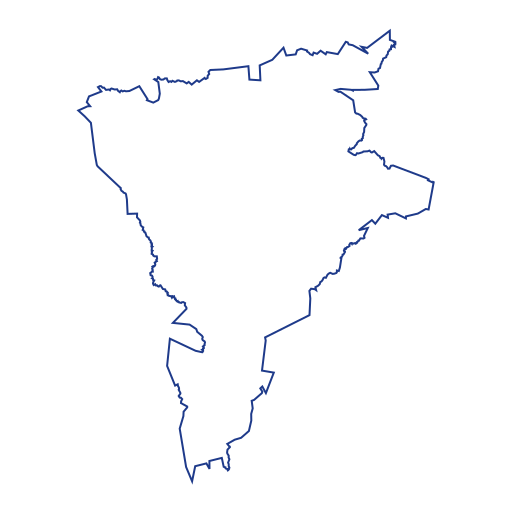 outline of San Dimas, Durango, Mexico
{"feature_id": "50627088B11523678727998", "entity_name": "San Dimas", "entity_type": "district", "adm_level": 2, "iso_a3": "MEX", "parent_name": "Mexico", "parent_adm1": "Durango", "projection": "orthographic", "projection_center": [-105.745, 24.115], "detail": "fine", "context": "isolated", "style": "outline", "palette": "blue", "viewbox_px": 512, "rotation_deg": 0, "n_neighbors": 0, "source": "geoboundaries", "source_scale": "gbopen_adm2", "svg_char_len": 5982}
<svg xmlns="http://www.w3.org/2000/svg" viewBox="0 0 512 512"><path d="M97.6,166.3L120.4,187.8L120.8,188.1L120.6,189.2L121.5,190.8L122.9,191.7L123.5,192.6L125.5,193.4L126.0,194.2L126.9,199.4L127.6,213.9L137.1,213.6L137.0,217.3L139.9,220.4L140.3,221.7L139.9,222.7L140.4,223.1L140.7,225.2L141.9,226.6L143.3,227.4L142.7,229.9L143.4,230.1L144.0,231.6L144.5,231.6L144.7,232.4L145.4,232.7L146.5,236.2L147.9,237.4L148.7,237.5L149.1,239.3L150.4,240.5L150.9,241.7L150.7,242.5L151.9,243.3L151.5,244.1L152.0,244.6L152.0,245.7L151.6,246.0L152.4,246.6L151.6,247.0L151.9,248.0L151.6,250.1L152.6,250.7L151.7,251.9L152.0,252.6L151.6,253.8L153.1,254.7L153.2,255.5L154.3,256.3L156.8,256.3L157.1,258.9L156.3,259.8L156.9,261.1L155.6,261.6L155.5,262.4L154.7,262.7L155.3,264.6L155.1,265.3L154.4,266.3L153.3,266.0L152.3,266.7L152.8,267.5L152.1,268.8L152.6,269.5L152.8,271.6L151.7,271.6L151.2,272.5L150.2,273.1L150.6,275.2L152.0,275.6L152.6,276.8L152.6,277.9L152.1,278.3L153.0,278.8L153.1,280.0L154.2,280.4L153.2,282.2L153.0,283.5L153.5,284.7L153.8,285.1L155.2,284.2L156.0,285.5L157.0,285.3L157.8,286.2L158.8,286.6L159.7,285.5L160.5,285.3L162.9,289.0L165.2,289.4L165.7,291.3L166.6,291.4L167.7,292.6L167.9,292.9L167.3,293.3L167.7,295.2L168.3,295.1L169.0,295.9L171.2,296.2L171.8,297.4L172.4,296.1L172.8,296.2L172.8,297.2L174.1,296.4L174.6,298.1L175.3,298.4L175.1,299.2L175.9,299.6L175.8,300.1L177.0,301.3L177.7,301.0L177.9,301.8L178.8,301.9L179.0,302.4L181.2,302.9L181.8,302.3L183.3,302.1L185.1,303.1L184.8,305.3L186.4,307.5L186.5,308.8L172.9,322.9L189.6,324.6L196.3,329.1L197.2,331.8L202.0,335.8L202.8,337.1L202.2,338.9L202.7,340.1L204.6,341.4L205.0,342.3L204.5,344.4L204.7,345.0L203.0,346.4L203.8,347.2L203.8,348.3L203.5,348.5L203.2,348.1L202.9,348.4L203.0,349.8L202.2,349.9L203.1,351.0L202.4,352.2L201.5,352.1L195.6,350.8L169.9,338.7L167.1,365.9L175.1,385.6L177.7,384.3L178.0,386.0L178.9,387.6L179.1,389.1L178.7,389.8L180.3,392.7L180.4,393.6L178.7,396.0L179.7,397.6L180.9,397.7L182.2,399.1L181.1,401.3L181.0,403.1L187.2,406.5L187.2,407.4L183.6,411.7L183.4,416.1L179.7,428.6L186.1,467.0L192.1,481.3L195.2,466.2L206.4,463.4L209.5,468.9L209.4,461.0L221.8,457.9L223.7,466.8L225.3,467.3L225.2,467.7L225.8,468.5L227.3,469.0L227.8,470.4L228.2,470.2L229.0,469.1L228.8,468.4L229.4,467.8L228.7,466.0L228.7,464.1L228.1,462.7L229.4,459.2L228.6,457.5L228.7,455.7L227.3,453.5L227.1,452.3L227.5,449.6L229.9,447.1L229.8,446.6L229.3,446.4L227.3,443.9L234.7,439.7L241.1,437.8L248.9,431.0L251.3,420.6L251.2,413.9L252.7,408.4L251.7,400.8L254.1,399.9L261.9,393.1L262.3,391.6L260.3,388.4L262.3,386.5L265.9,393.1L273.8,372.6L262.0,370.6L265.7,340.5L265.1,337.4L309.5,315.1L310.3,298.4L309.4,290.9L311.1,288.7L314.8,289.2L316.1,290.1L315.4,287.2L318.0,285.8L319.7,284.2L320.3,282.0L321.4,281.5L322.4,280.3L323.6,277.9L324.6,277.4L325.9,277.8L327.5,274.7L328.7,273.6L330.2,272.8L332.7,273.9L334.3,273.7L336.3,273.0L336.8,272.4L336.9,270.5L338.8,271.0L339.9,267.6L341.4,258.1L340.6,258.0L340.6,257.6L342.0,256.6L342.7,255.3L342.6,254.6L343.6,254.3L345.0,251.9L344.9,251.3L344.1,251.1L343.9,250.6L344.5,249.0L345.2,249.0L345.4,248.2L346.2,248.6L347.0,247.1L348.2,246.9L349.5,246.0L349.3,244.8L350.3,243.2L351.4,243.0L352.0,243.9L352.3,243.2L353.7,243.6L355.2,243.0L355.8,243.7L357.1,242.7L357.1,241.9L357.8,241.6L358.4,240.6L358.9,240.7L360.4,238.4L363.5,238.5L364.5,237.8L364.0,235.9L367.8,228.0L358.7,230.2L371.9,220.1L375.3,223.7L381.9,215.1L388.0,217.8L387.6,214.6L395.3,213.3L405.9,218.4L406.0,216.4L417.8,213.6L425.8,209.0L428.6,209.5L433.7,182.2L433.3,182.0L433.2,182.7L428.0,180.3L428.6,179.3L426.1,178.0L393.1,165.5L390.9,165.8L389.5,168.6L388.0,168.7L387.2,167.3L386.0,166.1L384.7,165.7L384.0,164.7L384.4,161.5L383.5,157.9L382.4,157.8L381.6,158.6L381.5,158.1L380.4,157.9L379.6,156.1L377.9,155.3L374.2,151.1L371.9,152.5L371.0,152.2L369.5,150.6L367.5,151.3L363.4,151.5L362.6,152.2L358.4,153.5L357.0,153.2L355.9,154.9L355.3,155.2L353.7,154.8L348.4,151.4L348.8,149.3L349.6,149.3L349.8,148.8L350.0,149.2L351.2,149.4L352.4,148.1L353.8,147.9L355.4,145.5L356.7,144.3L356.8,143.3L358.4,141.4L359.7,140.5L361.4,140.6L362.0,140.1L361.8,138.8L362.8,138.2L362.8,136.5L363.4,135.2L363.1,134.1L364.1,132.0L364.3,128.0L366.3,125.0L366.4,124.1L365.1,122.7L364.1,120.8L364.4,120.1L366.1,119.3L365.6,118.7L363.5,118.3L362.6,117.7L362.3,116.9L360.2,115.0L357.6,113.7L356.4,113.6L355.1,112.4L353.2,100.3L340.4,91.7L338.5,91.9L335.3,90.1L340.6,88.9L351.2,89.8L352.7,90.5L352.6,89.9L364.8,89.8L377.8,89.0L378.3,85.6L369.8,72.2L374.6,72.5L378.0,71.3L378.5,68.7L380.0,68.0L380.8,64.1L381.4,63.7L381.8,61.8L382.8,60.5L383.1,58.6L386.2,57.2L386.5,55.5L387.7,54.3L388.1,51.6L389.4,50.7L389.6,49.4L391.0,49.2L391.0,47.3L391.6,47.1L391.3,46.3L391.6,45.5L394.5,46.9L394.0,44.7L395.3,44.4L395.3,43.5L394.6,42.8L395.4,42.7L395.3,41.8L389.9,39.9L389.8,30.7L367.1,47.9L361.6,46.8L368.2,53.7L352.7,45.2L348.7,44.4L347.7,42.4L345.8,41.8L337.8,54.1L326.8,52.1L325.7,54.3L320.6,50.7L317.1,53.8L313.6,52.6L312.6,55.2L310.1,54.2L308.9,52.7L307.0,51.5L307.1,50.5L301.1,48.7L297.1,50.3L295.7,54.4L286.3,55.5L283.5,47.7L272.3,59.8L259.7,65.4L260.4,80.3L249.4,79.6L248.4,66.2L223.3,69.4L210.3,70.0L208.5,71.8L209.2,74.0L207.7,75.7L207.6,77.9L205.8,79.0L205.1,78.7L204.6,77.9L199.1,81.9L196.9,80.3L191.7,84.6L188.7,81.9L186.7,83.4L182.9,81.1L180.7,81.3L178.8,80.4L177.2,80.5L176.7,81.2L174.9,81.9L172.4,80.8L171.4,81.9L170.1,81.2L168.6,82.0L167.4,80.2L166.8,78.4L164.9,78.4L163.4,79.5L161.4,79.7L160.0,79.2L159.0,77.5L158.1,77.1L157.6,78.6L156.8,79.5L155.8,79.6L154.7,79.0L154.2,79.3L158.3,82.0L159.8,93.7L158.9,98.6L158.2,100.1L153.3,102.6L146.9,100.2L147.5,99.1L139.3,86.2L129.4,91.0L126.0,91.3L124.4,90.8L122.6,91.4L121.3,90.5L120.2,91.3L119.8,92.2L118.0,90.8L117.2,89.3L114.7,89.5L111.5,88.5L110.7,88.9L110.0,90.3L108.9,89.5L106.0,89.9L104.0,87.6L102.6,87.7L101.1,86.2L99.9,86.1L98.0,87.1L101.4,91.5L89.0,96.4L86.8,102.1L90.1,106.2L87.6,106.3L78.3,110.5L84.7,116.3L90.9,122.8L94.7,153.2L96.8,164.9L97.6,166.3Z" fill="none" stroke="#1e3a8a" stroke-width="2"/></svg>